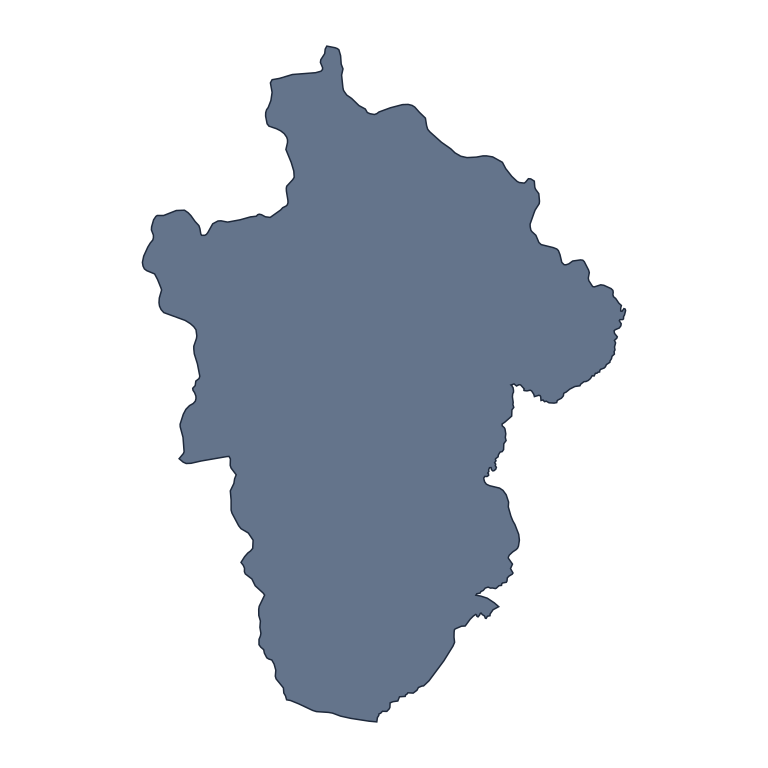 Oesilo, Ambeno, East Timor (Mercator projection)
{"feature_id": "22284137B5780280326887", "entity_name": "Oesilo", "entity_type": "district", "adm_level": 2, "iso_a3": "TLS", "parent_name": "East Timor", "parent_adm1": "Ambeno", "projection": "mercator", "projection_center": [124.373, -9.357], "detail": "fine", "context": "isolated", "style": "filled", "palette": "slate", "viewbox_px": 768, "rotation_deg": 0, "n_neighbors": 0, "source": "geoboundaries", "source_scale": "gbopen_adm2", "svg_char_len": 6106}
<svg xmlns="http://www.w3.org/2000/svg" viewBox="0 0 768 768"><path d="M286.6,699.8L290.5,700.5L298.6,703.8L312.6,710.4L316.4,711.6L328.4,712.4L332.5,713.1L340.5,716.1L350.9,718.4L369.2,721.2L376.8,721.9L377.4,717.6L378.8,715.4L378.9,714.0L380.7,713.2L382.4,711.3L386.8,711.4L389.2,708.9L389.9,707.4L390.1,702.9L392.9,701.7L397.8,701.0L399.5,696.8L405.2,696.4L405.6,694.9L406.9,694.2L407.9,692.8L413.2,693.1L417.0,690.2L418.4,687.5L421.8,686.1L423.6,685.9L429.0,680.8L443.8,660.9L453.0,646.1L454.6,642.3L454.0,637.2L454.1,632.3L454.4,629.8L455.2,628.9L461.5,626.2L465.2,626.0L470.2,619.2L473.4,616.0L475.8,614.4L476.5,615.0L476.9,616.3L478.0,616.9L479.5,615.2L480.4,613.3L481.1,613.1L482.3,614.6L484.4,615.9L485.4,618.3L486.2,618.4L487.4,616.3L490.0,615.7L490.1,614.0L493.1,609.7L498.7,606.7L494.4,602.9L487.3,598.2L480.8,596.1L475.9,595.2L476.8,593.7L480.1,593.1L480.9,591.6L483.3,590.4L485.2,588.1L488.1,587.1L490.4,588.1L492.7,588.0L495.3,588.6L496.3,588.2L499.0,585.7L501.5,585.4L501.8,583.7L502.5,583.0L506.3,582.3L507.0,581.0L507.3,577.9L509.0,576.1L512.2,574.2L513.0,573.0L510.5,568.6L512.5,564.1L508.4,558.3L508.3,557.2L509.3,555.1L512.6,552.0L516.3,549.5L517.6,548.1L518.5,546.0L519.4,540.1L518.7,534.3L514.9,524.5L512.8,520.8L510.9,516.1L508.3,506.9L508.6,502.1L506.2,494.8L503.0,490.4L499.6,488.1L489.6,485.7L486.4,484.2L484.6,481.8L483.8,478.8L483.8,477.9L484.8,476.4L487.0,476.5L488.6,475.4L488.5,473.8L487.7,473.1L488.9,471.4L488.6,469.9L489.5,467.7L491.1,467.6L491.5,469.7L492.8,470.9L494.0,470.7L495.7,469.3L496.4,467.3L495.3,465.8L495.7,464.1L494.6,462.7L496.0,460.8L495.4,459.5L495.6,458.7L498.1,456.8L498.4,454.8L500.1,452.1L502.2,451.6L503.6,449.6L503.8,443.7L506.1,440.6L505.3,437.5L505.8,433.9L505.0,429.0L504.3,427.7L502.2,425.8L502.1,424.0L504.8,422.2L511.7,416.1L511.9,409.9L513.8,407.4L512.9,404.6L513.2,402.5L512.4,396.8L512.7,393.8L513.5,392.2L513.5,390.2L513.0,387.4L512.3,386.8L512.1,385.9L511.0,385.0L514.0,383.9L516.5,386.0L519.0,384.7L520.6,384.9L524.2,388.9L523.8,390.1L524.2,390.6L527.0,390.9L530.2,390.2L531.6,390.9L533.8,394.3L534.4,396.6L538.8,395.3L540.1,395.6L540.7,396.8L541.0,400.5L543.0,400.0L544.5,401.7L546.3,401.2L549.0,402.8L554.1,403.1L556.7,402.6L557.2,400.7L558.0,400.0L561.3,398.3L562.4,397.1L563.4,395.8L563.7,393.5L564.3,392.9L566.0,392.2L569.8,389.1L574.9,386.5L579.9,385.8L580.7,384.2L583.9,381.7L586.0,381.5L588.2,380.5L590.4,378.6L592.2,375.7L594.1,376.0L595.4,373.3L597.0,373.2L598.0,372.2L599.6,372.0L599.8,370.4L600.6,369.4L604.2,368.0L605.4,366.8L606.4,364.6L609.9,362.3L610.0,361.0L611.5,358.7L612.0,356.3L614.4,354.1L614.1,351.6L615.0,349.9L614.5,347.0L615.6,342.9L614.4,340.4L616.8,338.2L617.3,336.8L614.5,333.3L614.1,330.8L615.3,329.7L619.3,328.0L620.9,325.8L621.2,323.7L619.3,320.8L620.0,319.6L622.7,319.6L623.5,318.9L623.6,316.6L624.5,315.0L625.6,310.6L625.2,309.1L623.9,308.6L622.0,311.3L620.7,311.0L620.7,308.1L621.4,305.5L618.8,303.1L615.7,298.5L613.5,296.7L612.9,294.7L613.2,292.3L612.9,290.4L611.1,288.6L603.9,285.3L600.7,284.8L594.3,286.9L592.6,286.5L588.8,280.6L588.3,278.1L589.3,272.6L588.6,270.1L584.3,261.7L582.8,260.2L580.5,259.9L572.7,261.0L568.7,263.9L565.9,264.8L564.1,264.7L561.8,262.4L560.0,254.7L558.4,250.6L556.8,249.0L553.3,247.6L541.2,244.6L538.9,242.5L535.9,235.3L531.9,231.6L530.9,230.2L530.2,226.8L530.1,224.1L534.0,213.0L535.1,210.1L539.2,203.7L539.5,201.2L538.8,193.7L535.6,189.3L534.8,187.3L534.3,181.1L530.8,178.9L528.4,178.7L525.5,182.2L524.2,183.1L519.2,182.5L517.1,181.4L511.8,176.4L505.7,168.6L502.4,162.3L492.7,156.9L486.7,155.9L482.9,155.9L476.4,157.1L467.0,157.6L460.7,156.2L454.9,152.8L450.9,148.9L441.5,142.3L429.9,131.9L427.7,129.3L426.6,125.6L425.4,118.1L419.4,112.3L414.8,107.1L412.1,105.4L408.2,104.4L402.5,104.6L390.3,107.8L378.9,112.0L376.9,113.6L374.4,114.5L370.0,113.7L367.3,112.5L365.3,109.0L359.0,105.6L351.6,98.4L346.8,95.1L344.5,91.9L343.5,90.3L342.9,87.5L341.6,75.1L343.0,68.9L341.2,64.1L340.6,55.7L338.9,49.8L337.4,48.6L335.0,47.7L326.8,46.1L325.2,49.1L324.7,53.6L320.8,59.7L320.4,62.4L322.6,67.7L322.5,69.5L321.0,71.2L315.6,72.7L292.4,74.5L279.4,78.4L272.1,79.7L270.4,82.9L272.1,92.4L270.9,100.5L268.2,107.5L266.6,109.7L265.7,112.6L265.6,116.1L267.1,123.8L269.0,126.2L276.4,128.7L280.6,130.8L284.2,133.6L286.7,137.2L287.5,139.7L287.5,142.6L285.9,149.5L291.2,162.4L293.8,171.1L294.2,177.3L292.7,179.7L286.7,186.2L286.3,188.2L286.4,191.1L287.9,200.3L288.0,202.7L287.3,204.8L286.1,206.0L282.7,207.7L280.6,210.0L270.2,217.4L265.4,216.8L261.5,214.7L259.2,214.2L257.7,214.7L256.3,216.2L250.4,216.9L240.1,219.8L227.6,222.1L221.0,220.8L217.9,221.0L212.7,223.8L207.8,232.6L206.4,234.4L204.8,235.3L201.6,235.3L200.8,233.9L199.9,228.6L198.9,225.6L195.1,221.5L190.9,215.6L188.1,212.7L184.5,210.2L176.3,210.5L163.6,215.5L157.2,215.5L155.9,216.4L153.6,219.8L151.6,226.8L151.4,229.9L153.4,235.1L153.4,237.8L152.8,240.0L150.3,243.0L147.8,247.1L143.7,256.1L142.4,262.4L143.0,266.0L144.4,268.9L146.8,270.7L154.6,273.9L157.6,279.6L160.9,287.8L161.6,290.0L159.3,298.0L159.0,302.7L159.5,306.1L161.1,309.6L163.8,312.6L185.1,320.4L190.3,323.6L193.7,326.6L196.0,329.8L196.8,335.8L196.5,338.3L193.8,346.2L193.8,349.0L194.3,353.9L197.4,363.8L199.8,376.2L199.1,378.5L195.8,381.1L195.2,385.6L192.7,388.3L193.0,390.3L194.6,392.7L195.9,396.1L196.0,398.5L195.3,401.2L193.2,403.5L189.5,405.6L185.9,409.3L183.3,414.2L180.1,424.2L180.2,426.8L183.0,437.3L184.1,451.7L183.4,453.5L179.1,458.7L183.1,462.1L186.2,463.5L191.0,463.3L201.1,461.0L226.6,456.6L229.0,456.4L230.4,458.9L230.2,465.4L231.1,468.1L236.2,474.8L234.6,478.8L233.9,483.4L230.3,490.9L231.1,500.0L231.1,510.1L232.0,513.2L238.7,525.8L241.0,528.7L248.3,533.0L253.1,540.2L252.7,548.4L250.5,551.0L247.8,553.0L244.6,556.7L241.0,562.4L243.3,565.4L244.5,568.2L244.4,571.7L245.3,573.9L251.9,579.0L255.2,585.8L263.3,593.2L264.6,595.1L259.2,606.3L258.7,609.4L258.8,615.5L260.4,621.0L259.9,627.3L260.9,633.3L260.4,636.0L259.0,639.4L259.0,644.7L260.8,647.2L263.7,649.7L264.4,653.2L266.8,657.8L268.7,659.0L271.8,660.0L274.1,664.1L275.8,670.2L275.3,676.2L276.1,678.9L283.4,687.9L283.8,693.0L285.5,695.9L286.6,699.8Z" fill="#64748b" stroke="#1e293b" stroke-width="1.5"/></svg>